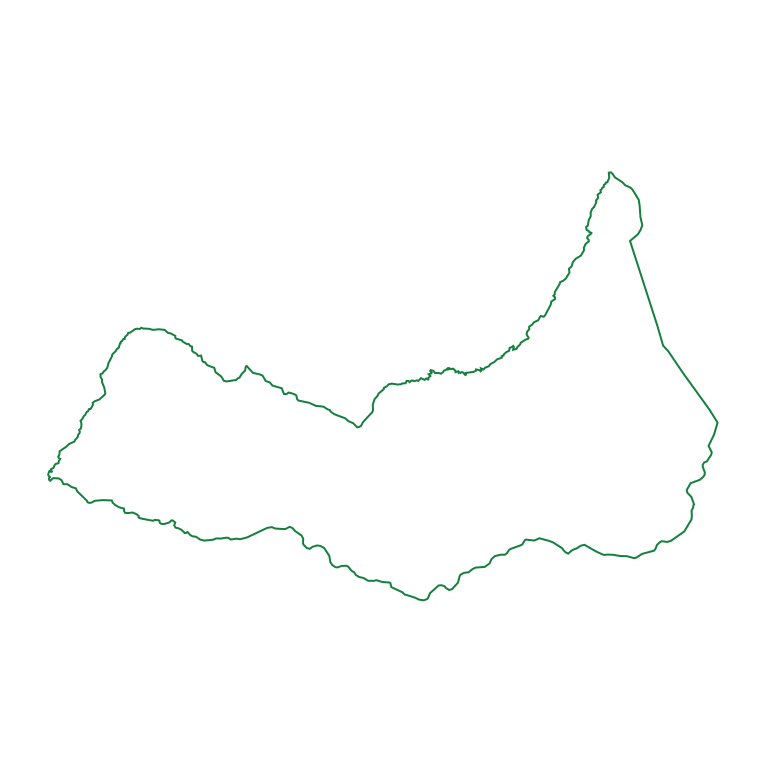 Sabanalarga, Casanare, Colombia, rotated 271°
{"feature_id": "7082276B53386587060055", "entity_name": "Sabanalarga", "entity_type": "district", "adm_level": 2, "iso_a3": "COL", "parent_name": "Colombia", "parent_adm1": "Casanare", "projection": "albers", "projection_center": [-72.979, 4.832], "detail": "fine", "context": "isolated", "style": "outline", "palette": "green", "viewbox_px": 768, "rotation_deg": 271, "n_neighbors": 0, "source": "geoboundaries", "source_scale": "gbopen_adm2", "svg_char_len": 6106}
<svg xmlns="http://www.w3.org/2000/svg" viewBox="0 0 768 768"><g transform="rotate(271 384 384)"><path d="M260.6,89.6L260.0,91.4L260.2,93.3L262.2,97.1L263.0,104.7L262.8,113.9L260.7,114.7L258.3,117.4L256.2,121.1L254.8,126.3L252.4,126.3L250.8,127.2L250.4,129.4L251.1,135.0L249.5,138.9L247.6,141.1L246.5,140.9L245.7,141.9L244.9,145.4L243.2,155.6L244.1,157.1L243.8,161.1L243.4,161.8L241.4,162.2L240.2,163.9L240.3,167.2L241.8,171.7L243.9,173.9L243.9,175.0L241.8,177.7L239.0,176.7L236.8,178.0L236.0,181.4L234.6,184.1L231.5,187.4L231.6,188.7L232.6,190.2L229.8,192.7L228.4,195.0L228.0,198.7L225.2,203.0L224.3,207.2L225.3,215.7L226.7,219.1L226.6,223.3L227.6,229.2L227.4,231.3L225.8,233.5L226.8,239.1L226.3,242.9L228.3,250.0L238.1,269.7L238.9,274.4L237.6,277.8L237.2,286.5L237.5,288.5L239.4,291.8L239.2,293.1L238.4,294.9L235.1,298.1L231.1,304.2L228.0,305.9L223.3,305.8L222.0,306.3L218.6,309.7L217.9,312.7L219.9,315.2L221.4,319.9L221.0,323.1L219.0,327.0L211.3,332.3L204.7,333.5L202.0,335.6L200.0,338.6L199.8,340.7L201.4,345.0L201.6,349.7L200.6,351.6L196.7,354.8L195.1,357.5L192.5,359.3L190.6,362.5L189.7,366.9L187.0,371.6L187.0,377.2L187.7,379.8L186.0,385.9L185.6,392.9L185.1,393.8L181.0,394.9L176.1,406.0L174.0,408.3L170.8,419.0L169.1,422.6L168.4,427.4L169.7,430.8L170.7,431.7L175.6,433.6L183.5,442.1L183.8,445.0L182.9,448.0L181.2,449.4L179.2,452.7L180.0,455.6L186.8,461.5L193.3,463.0L194.6,463.8L196.5,467.1L197.3,471.9L200.6,475.9L202.0,478.7L202.9,487.9L206.4,492.7L210.7,494.5L213.9,497.9L215.4,504.0L215.4,507.8L217.0,509.9L220.3,512.0L221.3,513.4L225.3,524.0L226.2,525.2L230.4,527.6L230.9,528.7L230.1,537.1L232.5,542.0L230.1,551.5L228.7,555.5L223.1,564.7L219.1,568.1L217.6,571.1L221.2,575.1L223.1,579.7L225.8,583.7L226.7,587.3L220.1,599.3L217.3,605.7L216.9,607.6L217.4,610.6L217.2,616.2L216.1,623.6L216.1,629.7L214.2,637.4L214.9,639.5L218.6,644.9L222.1,657.0L224.1,658.4L227.8,659.7L230.5,662.4L231.7,664.5L231.0,669.8L232.1,673.5L241.8,686.8L254.0,693.8L257.5,694.1L262.7,693.7L265.8,695.3L267.6,695.3L269.1,696.1L276.6,693.2L280.2,689.5L281.7,688.7L283.4,688.6L290.2,692.3L293.7,701.4L296.5,704.6L298.5,706.1L301.3,706.3L306.5,704.2L308.9,704.1L311.0,705.4L312.4,708.3L319.0,712.4L321.4,712.9L327.8,709.6L338.9,714.8L351.2,718.2L364.0,709.9L399.5,683.3L422.2,667.3L427.2,662.4L446.4,656.5L531.3,627.5L538.2,635.3L542.5,637.8L547.2,639.5L555.3,637.5L566.9,636.5L572.8,635.4L582.9,628.9L584.7,626.9L586.9,621.7L589.7,619.1L594.7,611.2L597.7,609.2L599.6,607.2L599.2,605.1L594.0,605.6L589.6,603.7L589.3,602.3L588.1,602.1L587.0,600.4L584.9,600.3L584.0,598.8L582.2,598.0L581.6,597.0L579.5,597.5L577.0,594.3L573.9,594.9L571.0,592.7L569.8,593.1L567.8,592.4L564.6,590.9L562.9,589.2L559.1,587.6L555.4,587.8L551.6,585.9L546.0,585.0L544.3,583.3L541.5,584.0L540.8,585.8L539.6,586.4L538.8,588.7L538.2,588.7L535.5,585.4L534.2,584.7L533.4,584.6L532.0,586.0L530.3,586.3L527.5,583.1L523.9,581.5L521.1,581.6L515.8,578.6L512.6,573.5L509.1,570.7L505.0,569.6L502.4,566.9L498.7,567.5L492.6,564.0L490.3,561.3L489.0,558.4L486.9,557.8L478.9,553.2L476.5,553.1L475.1,551.8L473.7,553.4L472.0,553.6L469.3,549.8L466.2,549.3L455.2,543.7L454.0,542.5L454.8,539.5L450.3,536.9L448.4,532.9L446.0,531.1L443.8,528.1L441.2,528.3L439.1,526.4L436.7,525.7L435.4,526.0L432.9,527.8L431.7,527.3L430.7,524.5L427.7,520.0L425.9,519.4L423.4,516.8L421.5,515.9L420.5,512.5L423.4,513.2L424.3,512.5L423.4,511.6L422.3,509.0L419.3,508.4L418.1,505.9L415.5,503.1L414.5,503.0L413.8,501.2L412.4,501.3L410.5,496.5L408.0,494.0L405.8,490.0L403.5,488.4L402.2,485.0L400.3,483.3L401.3,480.7L399.4,481.3L398.4,480.4L399.5,479.4L400.2,475.8L398.8,475.6L397.6,473.0L396.5,465.5L394.7,465.7L394.4,465.2L397.2,462.4L397.2,461.3L396.4,460.3L397.0,459.1L396.5,458.5L398.0,458.0L397.1,455.3L398.5,455.1L400.5,453.1L399.8,448.3L400.9,448.9L401.1,447.8L399.2,445.7L398.3,443.5L396.9,442.9L395.3,440.8L396.0,438.2L395.9,434.9L398.1,433.0L398.7,430.4L397.8,430.0L396.1,431.5L395.4,431.2L394.5,428.5L392.8,430.2L390.8,428.2L390.0,428.0L388.9,428.8L390.3,426.1L388.8,424.5L390.5,421.0L387.7,418.3L388.2,416.7L387.5,414.8L388.0,411.4L386.3,409.6L387.5,408.4L387.5,406.6L385.1,405.6L384.9,402.2L384.1,401.2L383.7,397.8L384.5,391.8L383.8,388.7L381.9,387.1L380.2,384.0L378.7,383.8L374.5,378.9L371.9,377.6L368.8,374.9L363.0,373.1L357.5,373.5L355.8,372.9L345.6,363.7L341.6,361.7L340.5,359.6L340.3,357.8L344.2,354.0L346.1,349.3L349.0,345.9L353.0,334.6L355.8,330.8L357.1,330.2L357.6,328.2L360.3,323.8L360.9,316.4L363.9,309.5L366.0,298.6L367.6,297.3L371.1,296.5L372.5,293.9L373.8,288.8L372.2,286.6L372.2,284.2L378.0,281.8L380.4,272.6L383.7,269.7L384.9,265.7L390.2,262.5L391.3,260.1L392.9,252.7L399.5,246.5L399.1,245.5L394.8,244.8L391.7,241.6L387.8,239.4L387.5,238.2L385.5,236.2L383.8,226.6L384.3,224.0L388.7,221.1L392.8,215.4L397.2,214.0L399.7,207.0L402.8,204.5L402.7,203.3L403.9,202.0L409.2,200.6L408.8,197.7L410.9,196.1L412.9,192.5L413.9,191.6L418.0,191.4L418.6,189.5L420.5,188.1L420.6,186.0L423.0,181.7L424.1,181.3L425.8,175.1L426.4,174.6L428.5,174.5L430.9,169.7L431.4,167.0L434.3,163.7L434.8,158.0L434.1,152.1L435.1,147.8L435.3,141.8L436.0,140.5L434.7,138.8L435.0,136.4L434.4,133.9L430.9,129.3L430.7,127.4L429.1,126.9L426.6,124.3L424.5,123.9L424.3,122.4L422.4,121.4L421.6,120.0L419.9,119.9L419.7,119.2L415.6,118.2L414.3,116.3L412.0,115.0L408.8,111.8L406.6,111.4L400.2,108.2L395.3,107.0L392.7,105.0L391.6,103.5L389.6,102.3L389.0,100.5L388.4,100.2L385.6,100.7L383.4,102.1L381.1,102.0L375.6,104.3L370.2,105.5L368.7,105.2L363.6,99.7L361.7,95.1L360.2,93.1L358.0,93.3L354.6,91.5L353.9,91.0L353.8,89.6L351.4,88.4L351.0,87.4L347.7,85.6L346.7,84.4L343.2,82.6L342.0,81.2L339.6,82.1L337.1,82.2L334.2,81.7L332.8,80.0L331.0,80.7L329.7,80.5L327.7,79.0L325.7,78.7L322.9,76.3L321.0,75.4L318.6,70.3L315.6,67.2L311.1,60.8L307.7,60.7L305.6,59.5L304.4,60.1L303.5,61.5L301.3,60.3L299.2,59.9L298.3,57.1L297.1,56.0L294.5,55.1L293.0,52.5L290.6,53.4L290.2,52.9L291.3,51.3L290.9,50.8L287.9,49.8L286.6,50.1L285.1,51.7L283.8,50.6L282.2,51.0L281.4,51.9L284.1,54.9L283.9,60.6L282.2,63.2L278.3,65.3L278.2,69.4L275.6,73.3L274.3,77.8L271.4,79.1L262.0,89.1L260.6,89.6Z" fill="none" stroke="#15803d" stroke-width="2"/></g></svg>